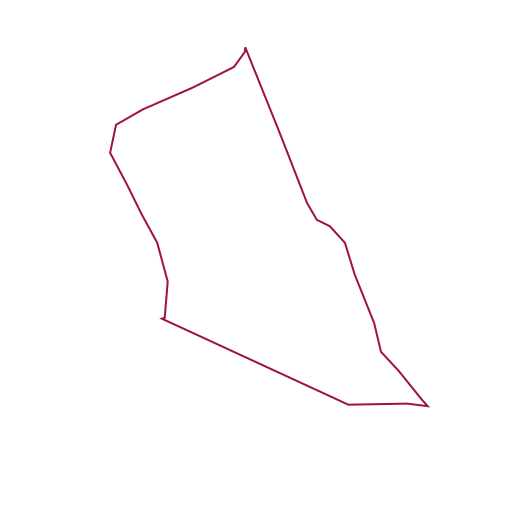 Jung-gu [Central District], Ulsan, South Korea, rotated 250°
{"feature_id": "91817680B57927404517776", "entity_name": "Jung-gu [Central District]", "entity_type": "district", "adm_level": 2, "iso_a3": "KOR", "parent_name": "South Korea", "parent_adm1": "Ulsan", "projection": "robinson", "projection_center": [129.305, 35.564], "detail": "fine", "context": "isolated", "style": "outline", "palette": "rose", "viewbox_px": 512, "rotation_deg": 250, "n_neighbors": 0, "source": "geoboundaries", "source_scale": "gbopen_adm2", "svg_char_len": 485}
<svg xmlns="http://www.w3.org/2000/svg" viewBox="0 0 512 512"><g transform="rotate(250 256 256)"><path d="M229.3,146.1L84.7,291.9L65.6,347.5L56.2,365.9L64.1,362.8L98.9,350.9L123.2,340.7L152.7,344.1L204.9,342.4L237.9,344.1L258.7,335.6L269.2,325.5L288.3,322.1L363.0,320.4L455.8,317.3L451.6,315.3L441.2,300.0L435.9,254.2L432.5,200.0L427.2,169.4L402.9,154.2L366.4,159.3L335.2,162.7L302.2,167.7L262.2,164.3L229.2,149.1L229.3,146.1Z" fill="none" stroke="#9f1239" stroke-width="2"/></g></svg>